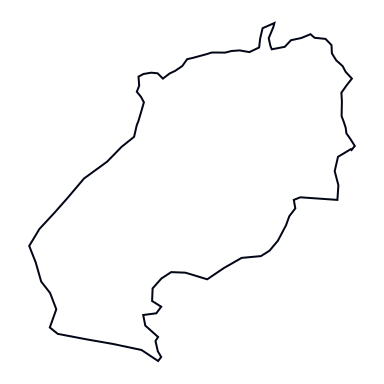 Pano Archimandrita, Paphos, Cyprus (Equal Earth projection)
{"feature_id": "46923920B12228017617298", "entity_name": "Pano Archimandrita", "entity_type": "district", "adm_level": 2, "iso_a3": "CYP", "parent_name": "Cyprus", "parent_adm1": "Paphos", "projection": "equal_earth", "projection_center": [32.671, 34.738], "detail": "fine", "context": "isolated", "style": "outline", "palette": "ink", "viewbox_px": 384, "rotation_deg": 0, "n_neighbors": 0, "source": "geoboundaries", "source_scale": "gbopen_adm2", "svg_char_len": 1367}
<svg xmlns="http://www.w3.org/2000/svg" viewBox="0 0 384 384"><path d="M158.1,361.0L161.2,357.0L157.8,351.3L155.5,341.0L158.1,337.0L145.3,325.6L143.2,315.0L156.3,313.3L161.2,306.7L152.1,301.0L152.6,288.4L161.5,278.4L171.2,272.1L185.5,272.7L207.2,279.3L224.1,267.9L241.6,257.9L260.9,256.1L269.5,250.7L275.2,243.9L277.9,240.7L286.0,225.3L289.3,216.2L295.3,208.4L293.8,199.9L300.3,197.3L337.4,199.9L338.4,185.3L334.7,171.1L338.0,156.8L350.9,149.1L351.6,150.0L353.9,147.0L354.8,146.0L352.3,142.0L350.1,138.6L346.4,133.3L345.7,127.8L343.6,121.4L341.6,116.2L341.9,101.2L341.4,92.7L346.7,85.2L351.9,78.6L345.6,71.8L342.7,66.2L336.2,60.3L331.9,53.4L331.5,45.1L325.5,38.9L318.8,38.2L314.7,37.8L313.3,36.7L310.5,34.2L301.3,38.0L291.0,40.2L284.8,46.8L271.8,49.3L270.4,45.9L268.7,38.2L273.3,27.2L274.4,23.0L262.6,28.2L260.2,38.4L259.1,47.5L249.4,52.1L239.7,50.4L231.5,51.0L225.2,52.6L211.8,52.5L206.8,54.1L192.8,57.9L187.1,59.2L182.3,66.0L175.1,70.9L169.6,73.5L162.9,78.6L157.6,73.3L151.2,72.7L143.4,74.0L138.5,76.6L139.2,85.7L136.8,91.7L141.0,96.9L143.9,102.3L141.2,111.7L138.5,120.8L136.7,125.4L134.1,136.8L131.5,138.9L121.6,146.8L107.2,161.6L84.0,178.5L67.6,197.9L54.5,212.7L39.4,229.0L34.0,238.0L29.2,245.9L35.7,262.4L41.2,281.6L50.1,293.0L56.3,309.3L49.8,327.5L57.8,333.9L86.9,339.4L113.1,344.0L141.5,350.0L158.1,361.0Z" fill="none" stroke="#020617" stroke-width="2"/></svg>